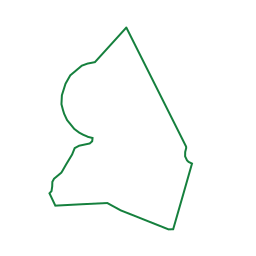 Borkou, Borkou, Chad (Mercator projection), rotated 107°
{"feature_id": "50815135B4564368173337", "entity_name": "Borkou", "entity_type": "district", "adm_level": 2, "iso_a3": "TCD", "parent_name": "Chad", "parent_adm1": "Borkou", "projection": "mercator", "projection_center": [19.353, 16.669], "detail": "fine", "context": "isolated", "style": "outline", "palette": "green", "viewbox_px": 256, "rotation_deg": 107, "n_neighbors": 0, "source": "geoboundaries", "source_scale": "gbopen_adm2", "svg_char_len": 808}
<svg xmlns="http://www.w3.org/2000/svg" viewBox="0 0 256 256"><g transform="rotate(107 128 128)"><path d="M180.8,176.5L187.4,178.0L187.5,178.0L190.2,178.7L198.1,183.9L201.6,184.6L206.0,183.4L210.7,182.7L212.6,183.6L213.4,184.0L217.8,180.0L223.5,174.8L214.5,150.1L205.8,125.9L208.9,110.9L213.1,59.6L211.6,55.2L175.0,55.8L143.3,56.4L142.7,60.2L141.7,62.1L138.4,65.1L134.2,66.3L130.1,66.5L128.8,67.0L74.4,118.9L32.5,158.9L32.5,159.0L39.5,162.3L74.7,178.9L78.2,185.5L81.9,190.4L94.5,198.6L103.9,200.7L116.0,200.8L124.7,198.6L129.9,195.4L133.1,193.2L136.9,189.8L138.3,188.5L144.0,180.0L144.6,179.1L146.7,173.3L147.6,168.7L147.9,165.5L148.2,163.7L148.1,162.2L147.9,159.0L149.3,158.7L151.2,158.4L154.0,160.1L159.2,169.5L162.8,173.1L169.7,173.7L180.8,176.5Z" fill="none" stroke="#15803d" stroke-width="2"/></g></svg>